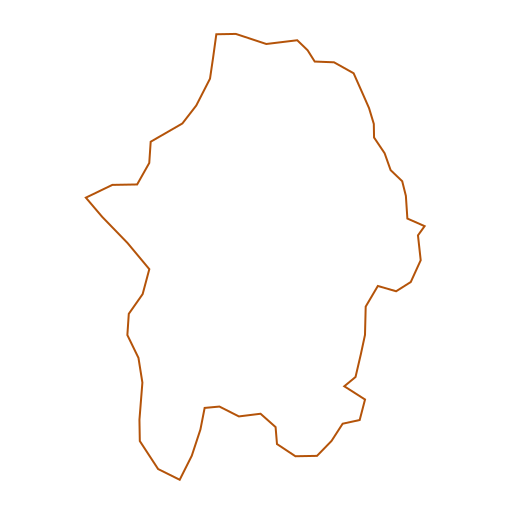 outline of Kalo Chorio Kapouti, Cyprus, rotated 269°
{"feature_id": "46923920B84708400671300", "entity_name": "Kalo Chorio Kapouti", "entity_type": "district", "adm_level": 2, "iso_a3": "CYP", "parent_name": "Cyprus", "parent_adm1": "", "projection": "orthographic", "projection_center": [33.028, 35.241], "detail": "fine", "context": "isolated", "style": "outline", "palette": "amber", "viewbox_px": 512, "rotation_deg": 269, "n_neighbors": 0, "source": "geoboundaries", "source_scale": "gbopen_adm2", "svg_char_len": 930}
<svg xmlns="http://www.w3.org/2000/svg" viewBox="0 0 512 512"><g transform="rotate(269 256 256)"><path d="M282.9,425.1L290.8,408.0L313.5,406.9L328.2,403.5L339.5,392.1L356.5,386.4L372.4,376.1L386.0,376.1L401.9,371.6L415.5,365.9L437.0,356.8L448.3,337.4L449.4,318.1L460.8,311.2L471.0,301.0L467.8,270.0L478.4,239.7L478.4,220.2L455.3,216.6L434.1,213.1L407.5,198.9L389.8,184.7L372.1,152.7L350.9,150.9L329.6,138.4L329.6,113.6L325.0,103.6L317.3,86.9L297.8,102.9L271.2,127.8L244.7,149.1L219.9,142.0L200.4,127.8L179.2,126.0L156.2,136.7L131.4,140.2L94.3,136.6L73.0,136.6L44.7,154.4L33.6,175.8L57.4,188.3L83.5,197.4L105.0,202.0L106.1,216.8L95.9,236.1L98.2,257.8L84.6,272.6L67.6,273.7L55.1,291.9L55.1,313.5L69.8,328.3L86.8,339.7L90.2,356.8L110.6,362.5L124.2,342.0L133.3,353.4L155.9,359.1L175.2,363.6L203.5,364.8L223.9,377.3L218.3,395.5L227.3,410.3L248.9,420.6L273.8,418.3L282.9,425.1Z" fill="none" stroke="#b45309" stroke-width="2"/></g></svg>